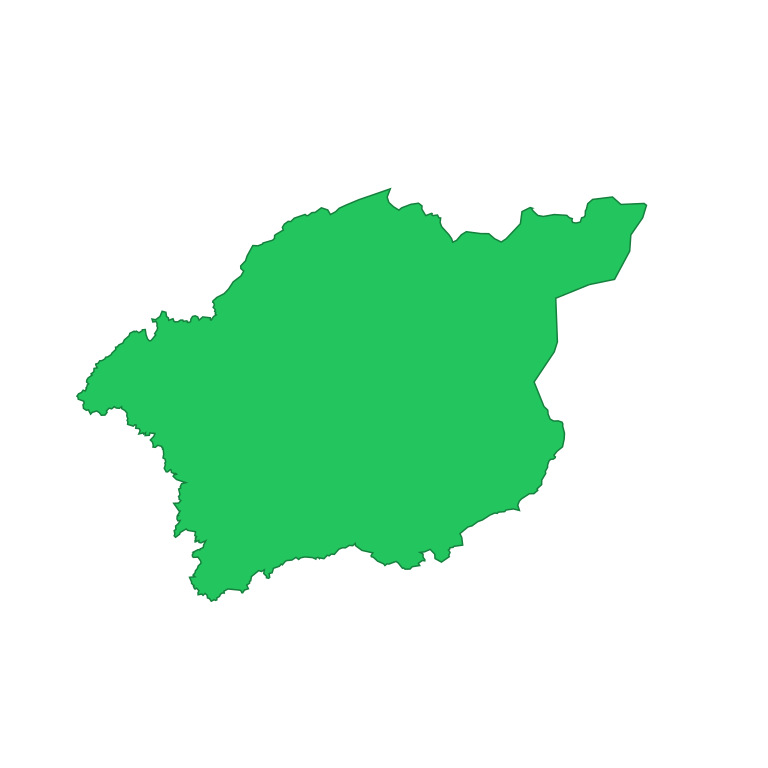 Killaloe Lea-5, Clare, Ireland, rotated 345°
{"feature_id": "5873133B2483267720769", "entity_name": "Killaloe Lea-5", "entity_type": "district", "adm_level": 2, "iso_a3": "IRL", "parent_name": "Ireland", "parent_adm1": "Clare", "projection": "natural_earth1", "projection_center": [-8.743, 52.879], "detail": "fine", "context": "isolated", "style": "filled", "palette": "green", "viewbox_px": 768, "rotation_deg": 345, "n_neighbors": 0, "source": "geoboundaries", "source_scale": "gbopen_adm2", "svg_char_len": 6147}
<svg xmlns="http://www.w3.org/2000/svg" viewBox="0 0 768 768"><g transform="rotate(345 384 384)"><path d="M653.1,262.5L633.3,259.7L627.4,262.6L624.7,267.6L623.3,268.9L622.0,273.3L620.3,274.6L617.9,274.6L615.5,278.4L611.0,278.2L608.0,276.7L607.8,274.7L608.7,273.0L606.1,271.4L604.2,268.4L592.3,264.4L581.2,263.4L576.2,261.0L572.9,255.6L571.8,252.5L572.6,252.5L570.9,251.4L561.9,253.2L557.2,264.5L539.5,275.4L534.0,277.2L528.5,272.4L524.1,265.9L516.5,263.8L502.9,258.2L497.3,259.9L491.2,264.1L487.1,264.8L486.9,261.1L485.3,256.5L480.4,247.0L480.0,242.5L481.7,238.3L480.0,237.6L479.4,234.6L474.8,234.0L474.0,233.0L474.6,231.8L474.2,231.5L467.9,232.1L465.8,224.8L466.8,221.8L464.1,218.3L456.5,217.4L446.7,218.4L443.4,219.9L439.0,215.2L435.7,209.9L435.4,204.3L440.6,197.1L407.3,199.5L394.0,201.3L386.3,202.6L381.9,205.1L376.1,206.4L374.7,201.3L369.1,197.6L362.0,200.4L358.6,199.8L354.4,201.6L352.9,201.4L351.7,199.8L340.2,200.6L336.0,203.0L333.6,202.1L329.1,203.8L326.3,206.5L326.6,209.2L317.7,211.7L316.7,212.4L315.9,215.0L313.6,216.3L303.6,216.5L302.8,217.4L298.0,217.9L293.1,216.3L284.8,225.0L282.2,229.1L276.1,232.9L275.6,235.5L277.7,238.6L273.8,242.6L264.8,246.3L258.5,252.0L252.9,255.4L245.0,257.1L240.3,259.5L239.7,260.6L240.5,261.4L240.6,263.9L238.8,265.7L240.3,268.4L239.2,270.1L240.0,271.1L239.1,272.7L239.8,273.8L236.9,274.7L233.6,277.6L233.0,277.1L233.4,275.1L226.3,272.3L221.9,274.5L221.4,271.0L219.3,269.3L216.6,269.2L214.3,271.3L213.3,273.7L211.5,274.1L210.0,273.6L210.5,272.6L209.6,271.9L206.5,271.6L206.2,270.2L203.9,269.6L201.1,270.6L198.0,269.8L197.4,269.2L197.1,266.3L192.5,266.8L192.9,264.4L191.4,262.5L191.9,258.3L188.5,256.3L185.1,260.8L180.0,262.8L176.7,261.2L176.8,264.3L180.0,264.6L180.5,267.2L179.7,268.9L179.9,271.1L178.7,273.2L175.5,276.0L176.2,277.5L170.3,281.7L168.6,281.7L167.3,279.3L166.9,274.9L167.5,269.6L164.6,269.1L164.3,270.0L160.5,271.0L158.4,268.8L156.9,269.1L156.3,268.3L151.7,269.2L150.2,271.5L144.6,274.2L142.3,276.9L138.1,277.6L136.0,279.1L134.2,279.0L133.9,281.2L129.1,283.8L128.2,285.0L124.2,286.3L122.0,286.1L120.9,287.5L117.7,288.4L115.4,288.0L113.1,290.1L110.9,290.0L110.5,290.7L111.1,294.1L107.9,293.9L107.0,297.0L103.6,298.4L104.4,299.8L99.7,301.6L98.0,303.2L97.2,305.1L98.7,307.4L97.0,308.2L96.5,309.6L95.1,310.7L95.5,311.4L93.6,313.4L91.8,312.1L89.6,313.9L86.5,314.4L84.2,316.3L85.0,317.5L84.7,319.5L89.5,322.9L89.3,325.2L87.9,326.1L87.4,329.8L89.7,332.4L91.8,332.4L92.8,337.2L94.8,335.9L99.5,335.7L101.7,338.1L102.8,341.0L106.5,341.8L109.2,339.7L108.9,338.2L112.2,336.2L114.5,337.5L117.6,336.1L119.0,337.8L122.1,339.0L124.6,338.1L124.3,339.9L126.9,342.6L128.3,345.7L127.3,348.2L127.6,351.3L126.4,352.6L126.9,354.0L125.9,356.6L130.9,359.8L132.6,358.9L134.0,359.5L132.7,362.5L135.9,363.7L136.4,366.0L134.2,368.8L138.7,369.0L139.0,370.2L141.1,369.4L139.9,372.0L144.1,372.8L145.2,370.7L149.9,372.5L148.1,375.0L143.8,377.6L145.3,380.2L145.3,383.3L144.5,385.1L146.7,386.0L149.7,384.7L153.2,386.8L153.0,388.0L153.9,388.8L153.3,389.8L153.8,390.3L153.0,394.9L151.4,398.2L153.1,399.9L152.9,402.8L151.8,403.7L151.9,405.5L149.9,408.5L150.9,412.5L152.3,412.9L155.5,411.4L156.1,412.0L155.8,414.4L158.5,416.5L159.7,416.4L160.3,417.5L157.6,417.4L156.4,418.6L158.9,422.6L167.0,428.0L162.8,427.9L160.7,430.3L160.7,431.9L158.5,432.3L158.3,438.1L156.4,439.5L156.8,441.0L156.2,442.1L157.6,444.1L154.7,445.9L150.0,444.8L153.2,453.7L154.1,454.0L150.8,457.3L151.3,457.9L150.0,458.1L149.1,460.9L149.5,462.8L151.8,463.1L149.5,465.4L145.9,467.3L145.4,470.6L143.4,471.3L143.1,474.8L142.0,476.3L143.0,478.1L147.7,476.2L148.7,474.7L155.4,472.8L156.4,474.5L163.7,477.9L162.0,481.5L163.4,482.8L161.9,484.0L162.3,484.5L161.4,485.8L161.8,486.3L160.8,486.6L160.7,487.7L164.7,487.2L164.3,489.1L166.1,490.1L171.3,489.3L168.1,492.8L167.1,495.2L163.7,495.7L163.3,496.5L161.5,495.9L156.0,497.1L156.5,497.6L154.6,499.4L154.4,501.2L155.0,502.1L159.5,503.1L161.1,507.5L160.9,509.7L157.4,511.7L155.9,514.0L153.5,515.6L152.7,517.4L150.1,519.2L151.5,521.2L146.1,520.4L146.9,525.3L146.5,526.7L148.3,529.8L147.6,530.1L147.9,532.5L148.4,533.2L150.0,532.6L151.7,535.6L150.2,537.7L149.9,539.5L153.6,539.7L154.5,541.3L157.0,540.0L158.5,542.3L158.1,544.9L160.0,546.3L160.9,549.1L164.2,548.4L165.2,549.4L166.6,549.3L167.2,547.4L170.1,546.6L171.6,544.8L173.6,544.0L175.6,544.6L175.8,542.7L180.2,541.6L191.1,545.7L192.2,546.4L192.7,548.9L193.4,549.1L195.9,546.9L200.0,546.7L199.4,542.7L202.6,541.6L203.1,539.7L204.3,539.6L206.1,535.7L214.7,531.8L217.1,533.4L220.3,532.5L218.8,536.0L220.8,539.4L220.3,540.7L222.2,541.8L223.5,541.3L224.0,537.4L227.1,537.4L229.5,533.4L235.7,533.0L238.0,531.4L239.0,532.4L242.8,529.7L244.4,529.4L249.5,530.2L254.1,528.7L256.2,531.4L258.4,530.3L262.9,530.6L270.1,533.2L272.8,535.5L273.2,534.5L275.5,534.4L276.5,536.0L277.1,535.4L280.8,537.2L284.8,534.8L286.7,535.8L289.0,534.6L291.9,535.7L297.6,531.9L301.4,531.4L304.4,532.3L308.6,530.9L312.0,532.1L314.9,530.5L314.7,532.8L319.6,539.0L329.5,544.2L327.1,546.4L327.1,547.6L328.8,548.5L332.0,553.5L337.1,557.6L337.9,559.6L340.3,558.5L342.2,559.2L349.7,558.5L351.4,560.5L354.1,566.7L355.4,566.8L356.4,568.3L361.3,569.5L363.9,567.8L371.5,568.6L370.8,566.1L375.4,564.4L377.6,565.4L378.0,564.4L376.9,561.4L377.7,558.4L375.2,556.0L379.6,556.6L385.8,555.7L389.0,561.5L388.1,565.8L393.4,570.9L402.4,567.7L402.2,566.2L404.2,563.7L403.3,560.9L404.7,560.5L405.2,559.2L408.4,559.7L409.6,558.9L418.3,560.0L419.4,552.4L418.6,548.2L428.1,543.8L432.3,543.8L439.0,541.2L443.9,540.8L452.6,538.0L457.6,537.3L460.0,538.3L461.3,537.4L467.5,538.5L469.4,537.3L476.7,538.2L482.1,541.2L481.8,535.6L484.4,532.2L486.9,530.6L496.0,527.6L500.4,528.7L505.0,526.5L504.7,524.9L510.2,522.0L511.5,517.6L517.0,512.3L517.3,510.0L520.4,506.9L521.1,504.5L523.4,501.1L525.5,499.9L528.2,500.4L530.3,499.5L530.7,498.7L529.8,497.5L529.9,496.6L533.9,493.7L540.2,490.9L543.9,483.5L545.6,478.2L545.7,470.9L546.4,468.9L546.1,467.0L542.7,464.7L538.3,463.7L535.4,460.9L534.7,455.7L535.4,451.6L532.7,447.2L529.5,420.9L556.8,397.0L562.4,388.2L572.1,345.6L607.9,341.1L633.8,342.6L655.7,319.3L661.0,303.9L676.9,290.4L683.8,279.3L681.9,276.9L659.3,271.9L653.1,262.5Z" fill="#22c55e" stroke="#15803d" stroke-width="1.5"/></g></svg>